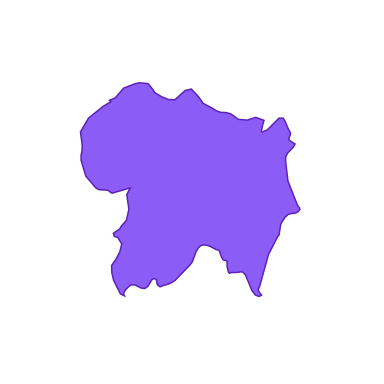 the border of Louang Namtha, rotated 145°
{"feature_id": "LAO-3272", "entity_name": "Louang Namtha", "entity_type": "Province", "adm_level": 1, "iso_a3": "LAO", "parent_name": "Laos", "parent_adm1": "", "projection": "mercator", "projection_center": [101.159, 20.926], "detail": "fine", "context": "isolated", "style": "filled", "palette": "violet", "viewbox_px": 384, "rotation_deg": 145, "n_neighbors": 0, "source": "natural_earth", "source_scale": "10m", "svg_char_len": 1856}
<svg xmlns="http://www.w3.org/2000/svg" viewBox="0 0 384 384"><g transform="rotate(145 192 192)"><path d="M194.1,67.7L196.9,67.9L199.2,71.2L199.4,77.1L195.8,93.2L196.4,97.5L197.8,98.5L203.1,101.4L206.5,103.9L207.3,103.7L207.8,103.8L208.1,105.4L205.9,111.0L203.0,115.1L203.4,116.3L205.1,118.0L205.4,118.8L205.2,121.5L203.3,128.8L205.4,131.2L208.1,136.6L209.9,139.3L212.7,142.0L215.6,143.0L218.8,142.6L222.7,140.9L231.7,134.7L235.3,133.4L256.3,129.4L260.5,129.4L264.5,130.2L270.7,132.3L272.0,132.4L272.8,133.0L273.5,135.2L273.3,137.0L272.2,138.9L271.5,140.8L272.4,142.7L275.1,143.2L282.4,140.0L285.9,140.0L288.7,142.4L292.1,148.6L295.0,150.8L297.6,150.9L301.2,150.3L304.6,149.2L306.6,147.7L306.9,145.7L309.1,149.5L306.9,164.6L304.0,171.7L300.0,177.9L292.8,180.6L285.6,184.3L279.4,189.7L278.9,197.3L281.1,200.3L280.1,203.3L272.1,203.3L269.2,204.7L262.0,206.4L253.6,214.1L246.9,227.3L240.3,230.8L258.2,236.9L260.1,241.9L266.9,247.3L268.4,250.3L269.9,265.8L264.7,281.5L261.9,285.6L258.3,289.0L255.0,293.5L248.9,305.2L234.4,311.9L215.8,313.1L206.7,312.5L206.9,314.5L201.1,313.1L188.2,316.3L176.8,313.4L172.7,311.8L165.9,306.1L165.4,301.0L165.4,294.6L162.3,287.6L158.3,281.3L153.1,277.4L139.4,279.1L133.5,276.7L132.0,266.4L132.0,258.1L127.3,249.1L125.5,244.6L122.7,240.7L118.6,237.6L115.4,233.8L112.3,224.9L105.5,219.2L97.0,216.6L92.2,209.8L91.9,209.4L95.4,206.6L100.2,202.1L100.2,200.9L94.8,199.7L78.3,202.6L74.9,200.1L75.3,196.2L77.0,188.1L77.4,183.9L78.1,182.9L81.6,180.5L82.6,179.2L82.3,177.6L80.0,172.2L83.4,170.6L91.8,168.9L95.2,166.9L97.5,163.8L107.1,146.0L112.9,121.9L113.2,119.5L113.1,117.3L113.7,115.7L116.1,115.1L117.9,115.2L119.5,115.5L121.1,116.2L122.5,117.2L126.1,118.5L130.3,118.0L137.1,115.1L139.1,113.4L145.3,106.9L147.9,106.1L165.2,96.9L191.1,75.6L193.7,74.3L194.4,71.3L194.1,67.7Z" fill="#8b5cf6" stroke="#5b21b6" stroke-width="1.5"/></g></svg>